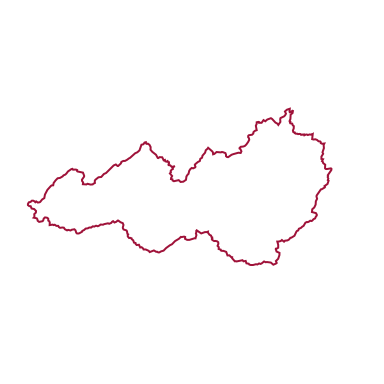 the district of General Sanchez Cerro, Moquegua, Peru, rotated 44°
{"feature_id": "86281439B84975100544654", "entity_name": "General Sanchez Cerro", "entity_type": "district", "adm_level": 2, "iso_a3": "PER", "parent_name": "Peru", "parent_adm1": "Moquegua", "projection": "equal_earth", "projection_center": [-70.895, -16.478], "detail": "fine", "context": "isolated", "style": "outline", "palette": "rose", "viewbox_px": 384, "rotation_deg": 44, "n_neighbors": 0, "source": "geoboundaries", "source_scale": "gbopen_adm2", "svg_char_len": 6018}
<svg xmlns="http://www.w3.org/2000/svg" viewBox="0 0 384 384"><g transform="rotate(44 192 192)"><path d="M89.3,259.4L88.5,263.4L88.8,265.7L88.8,267.4L88.0,269.3L88.1,270.6L87.3,273.5L85.8,275.5L85.8,278.4L86.2,281.6L87.5,283.6L86.6,284.5L86.3,285.5L86.5,290.9L88.0,296.0L90.0,299.0L89.4,301.5L89.7,304.6L89.4,305.4L88.4,306.7L86.5,307.0L86.4,308.2L85.2,308.1L83.7,308.6L82.8,309.6L82.8,311.2L81.8,312.8L82.3,314.6L83.1,315.4L84.8,315.2L85.8,314.3L88.1,315.3L90.3,313.9L93.0,314.0L94.0,315.3L93.9,317.5L95.5,318.9L96.0,319.8L96.0,320.4L98.6,318.8L99.6,319.0L101.0,319.9L102.8,319.7L104.8,316.8L104.7,315.8L103.8,314.1L103.9,312.4L105.6,311.2L107.0,311.0L108.5,312.4L109.7,312.2L110.9,312.8L112.6,314.7L114.5,312.2L115.4,312.0L116.0,310.9L117.9,310.6L119.3,309.3L120.6,309.7L122.0,309.4L123.4,307.6L124.6,306.7L126.4,307.1L128.8,306.4L129.2,305.3L131.4,304.0L131.7,302.7L133.3,300.5L134.8,300.5L137.0,301.7L138.1,301.7L139.0,300.9L139.6,300.0L140.5,297.0L140.1,296.2L140.8,294.3L140.9,292.2L142.3,290.5L142.6,289.3L143.3,288.3L144.1,287.8L144.5,285.6L145.7,284.8L146.4,282.9L148.0,282.1L148.7,280.3L148.8,279.0L150.8,277.2L151.1,276.2L153.3,272.9L154.5,272.4L155.4,270.3L155.2,269.0L155.5,267.8L157.4,267.8L158.2,266.1L158.4,264.1L158.7,263.8L161.6,263.4L163.8,262.5L165.6,263.3L166.8,265.5L167.5,266.1L168.8,266.5L171.5,265.2L172.5,265.4L174.5,266.9L175.5,266.8L175.7,267.6L176.7,268.6L178.7,268.8L179.4,267.9L180.7,267.3L181.4,267.8L183.3,267.6L185.4,268.7L186.8,267.9L187.5,268.5L189.0,268.6L190.5,266.8L193.3,267.9L194.1,266.7L196.1,266.6L197.1,267.0L198.6,265.5L201.7,264.4L203.3,264.6L205.2,260.5L207.8,259.9L208.4,259.2L209.7,258.9L210.4,258.2L211.0,256.2L212.3,253.9L212.3,250.3L213.1,245.6L213.9,243.5L213.9,239.1L215.1,234.7L215.2,232.0L215.8,231.7L217.3,229.6L218.3,229.1L219.5,230.5L221.8,229.8L223.4,228.2L226.1,223.3L226.7,222.9L225.1,219.9L223.6,219.1L222.9,217.6L222.1,217.1L222.0,216.3L227.4,215.4L229.2,211.8L230.3,210.8L231.0,209.5L231.4,210.1L234.3,210.6L236.0,210.1L237.1,210.8L238.0,210.6L238.3,211.2L238.8,211.2L239.0,212.1L239.9,212.4L242.0,211.9L243.0,210.8L244.4,210.0L245.7,209.9L247.0,211.0L247.8,213.0L249.6,213.1L250.8,214.5L252.7,213.5L253.4,214.0L254.4,213.6L255.5,212.5L258.2,211.3L261.6,213.0L262.9,211.6L265.4,211.6L266.2,211.0L266.9,211.8L271.0,212.1L271.6,211.3L272.3,211.0L275.7,206.0L277.2,206.1L278.5,204.3L280.7,205.5L282.6,204.2L283.6,204.4L285.0,203.7L286.7,202.0L288.2,199.5L289.4,198.7L289.9,196.8L291.2,196.2L291.7,195.1L292.1,191.9L293.7,191.4L294.6,190.3L297.7,188.0L301.0,187.8L302.1,185.2L302.2,184.2L300.3,183.4L300.4,180.2L298.7,176.6L297.2,175.0L294.2,176.1L291.9,174.9L291.7,174.5L292.5,173.3L292.7,172.2L290.7,170.1L287.8,168.4L288.8,167.4L289.9,165.6L290.0,164.1L292.7,163.8L292.7,162.4L294.3,160.5L294.8,158.8L294.6,156.6L295.2,155.9L296.1,152.3L294.6,147.9L294.6,146.9L295.1,145.9L294.4,144.2L295.3,142.2L295.4,140.3L295.8,138.9L294.9,135.3L295.5,133.7L296.1,133.4L296.6,132.4L297.0,130.5L298.1,129.9L298.4,129.1L298.3,127.1L298.9,125.5L298.2,123.7L298.1,122.3L297.5,121.6L295.8,121.1L292.2,123.1L290.5,120.9L290.7,118.2L289.7,115.2L287.5,112.6L286.7,110.0L284.6,108.7L284.1,107.9L282.9,100.6L283.4,99.9L284.3,96.6L284.2,96.0L283.2,95.7L283.9,92.1L282.4,89.0L281.4,89.1L280.7,87.6L279.2,87.0L278.8,85.9L278.0,85.6L277.0,79.5L276.3,78.5L275.5,78.5L273.0,81.9L272.0,82.6L271.2,82.5L268.8,79.8L266.4,80.1L265.0,79.4L264.1,79.5L263.5,77.4L262.1,78.3L260.5,76.6L259.8,73.4L258.3,72.8L256.4,68.8L254.0,66.7L253.5,65.2L252.1,66.9L250.7,67.4L250.0,66.7L249.1,66.6L247.8,67.6L245.7,67.7L244.1,68.4L243.0,69.8L241.7,70.5L238.7,66.6L238.6,67.2L238.1,67.1L237.8,68.1L236.7,68.8L235.7,70.6L234.8,70.8L234.0,71.6L233.4,73.2L232.5,72.8L232.0,73.8L231.3,74.1L230.8,75.1L229.8,75.0L228.9,75.6L228.1,76.7L227.1,77.0L226.3,77.9L225.0,78.3L224.6,77.8L223.2,78.5L221.9,77.7L221.0,75.6L219.5,73.9L218.1,74.0L216.6,73.2L215.0,74.3L214.3,74.1L213.9,73.1L212.9,73.2L212.1,71.2L209.2,67.8L209.5,65.4L208.3,63.6L207.8,63.8L207.5,65.8L206.9,66.7L206.2,66.3L204.5,64.2L203.1,66.9L202.9,69.5L205.2,70.4L205.7,72.2L205.7,73.6L204.3,77.3L204.8,78.3L206.9,80.2L207.5,83.8L205.9,83.5L203.8,84.1L198.9,83.8L197.5,84.1L195.8,87.6L195.6,90.2L193.5,90.6L194.0,93.9L192.2,95.6L191.7,95.1L191.1,95.4L190.1,96.9L191.2,98.1L191.9,100.0L195.6,102.6L194.8,104.2L194.6,105.9L194.7,106.4L195.5,107.4L195.4,109.1L193.5,111.6L193.4,112.4L194.2,113.5L195.7,113.8L196.9,114.7L197.6,116.9L198.1,120.1L198.0,122.3L197.2,123.8L195.7,125.6L195.6,127.2L196.0,127.7L197.0,127.5L199.3,128.4L199.9,130.1L198.1,131.5L195.5,135.9L194.6,137.7L193.8,141.8L192.9,142.5L191.6,142.6L190.5,141.5L189.0,140.8L186.3,142.0L185.6,142.6L185.3,143.4L181.9,146.2L181.6,149.1L181.0,150.2L179.6,149.0L178.4,148.7L172.9,149.0L173.1,150.0L172.9,152.4L174.1,154.6L174.3,158.6L175.4,160.3L174.9,162.3L176.1,164.3L175.4,166.3L175.0,169.8L175.2,170.6L176.9,171.4L177.2,172.0L176.4,174.2L175.1,174.9L174.9,176.8L175.3,178.7L176.9,181.4L176.8,182.5L177.2,184.7L179.2,187.4L178.6,190.6L176.8,192.7L174.2,192.7L171.5,196.8L170.1,197.2L169.1,196.5L167.9,197.3L167.2,196.4L166.6,194.3L163.2,194.0L163.1,192.4L162.1,191.8L161.8,189.9L162.3,188.9L161.2,187.5L161.5,186.1L161.3,186.0L160.0,188.0L157.9,187.9L156.5,188.9L156.0,188.6L155.5,187.2L154.7,186.6L154.1,187.1L152.9,186.7L152.5,188.0L151.4,188.5L150.2,187.7L149.6,188.9L146.5,187.7L144.5,189.4L144.2,191.0L143.7,191.3L140.2,190.2L135.5,190.7L132.8,190.4L131.0,188.4L128.6,187.6L126.6,187.9L126.2,188.7L125.3,189.0L124.2,188.2L123.5,189.4L123.9,191.4L122.8,193.1L125.3,198.5L125.1,201.4L124.2,203.6L123.7,210.5L123.3,211.6L122.9,214.0L122.2,216.2L121.0,217.4L120.3,219.4L121.0,220.9L120.8,224.6L120.4,225.0L118.1,225.1L117.2,227.3L117.0,238.0L116.1,240.3L116.3,244.2L114.5,246.4L114.0,250.4L114.3,251.5L115.9,253.0L115.3,254.6L115.3,255.5L113.9,257.1L111.1,258.7L110.8,259.9L108.1,262.2L107.1,260.8L105.2,260.4L104.3,259.6L103.7,255.9L103.1,255.2L100.1,253.8L95.3,256.8L94.6,256.7L94.1,256.0L92.9,256.5L90.9,258.6L89.9,258.4L89.3,259.4Z" fill="none" stroke="#9f1239" stroke-width="2"/></g></svg>